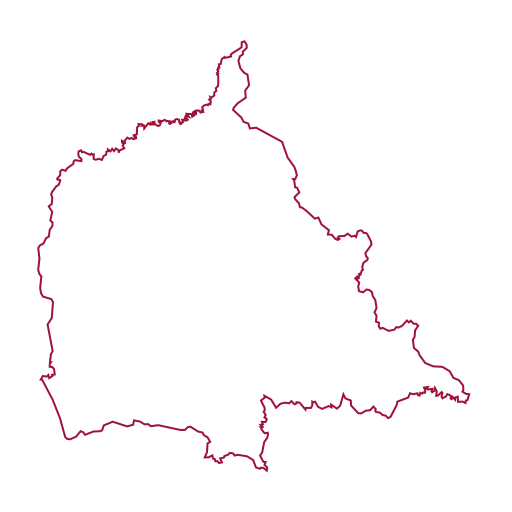 outline of Ambatomainty, Melaky, Madagascar, rotated 182°
{"feature_id": "10022922B59098628147577", "entity_name": "Ambatomainty", "entity_type": "district", "adm_level": 2, "iso_a3": "MDG", "parent_name": "Madagascar", "parent_adm1": "Melaky", "projection": "albers", "projection_center": [45.384, -17.814], "detail": "fine", "context": "isolated", "style": "outline", "palette": "rose", "viewbox_px": 512, "rotation_deg": 182, "n_neighbors": 0, "source": "geoboundaries", "source_scale": "gbopen_adm2", "svg_char_len": 6022}
<svg xmlns="http://www.w3.org/2000/svg" viewBox="0 0 512 512"><g transform="rotate(182 256 256)"><path d="M434.4,355.5L436.9,354.4L437.2,351.6L436.5,349.0L433.8,346.8L433.9,344.7L440.0,345.5L441.5,344.3L441.8,341.7L447.9,337.0L449.3,334.5L452.8,335.5L454.6,333.8L454.5,329.9L457.4,326.5L457.2,325.5L454.5,325.1L454.3,324.2L455.7,320.2L458.0,318.7L461.9,313.1L462.9,310.6L461.6,307.1L461.9,300.9L464.9,298.4L461.2,293.0L462.8,284.2L460.5,282.4L460.5,278.9L463.1,274.9L463.7,268.2L466.3,266.6L468.9,261.0L472.4,259.0L473.9,256.3L472.3,245.7L473.2,234.6L471.7,230.1L469.8,228.3L470.6,216.4L469.5,211.3L467.5,208.0L459.1,205.8L457.3,202.9L457.9,187.0L461.9,180.3L455.9,153.9L457.5,150.7L458.2,142.8L457.1,142.7L458.4,140.8L458.3,138.1L455.8,138.0L453.9,136.0L453.0,130.6L455.7,130.0L455.2,129.0L458.4,126.7L459.4,129.8L460.8,128.2L464.9,128.6L466.8,125.0L465.5,125.0L454.3,105.5L446.2,87.0L440.4,68.5L438.3,66.6L435.4,66.3L429.3,69.3L425.2,74.8L422.3,73.7L420.6,71.3L412.4,74.9L405.2,75.5L403.6,76.7L402.2,81.4L393.4,85.4L378.9,81.2L372.9,83.1L372.1,87.5L366.0,86.4L361.5,83.9L357.8,84.2L355.2,82.2L347.7,83.5L325.4,79.5L321.0,79.7L318.2,82.5L315.7,83.2L307.9,78.6L303.3,77.7L301.8,75.1L298.2,73.2L295.3,68.7L297.9,67.0L298.1,58.3L300.2,52.9L296.4,53.1L292.7,55.2L291.8,52.0L290.0,51.5L289.5,49.5L287.2,49.5L285.9,47.9L282.9,48.5L284.7,52.5L280.9,53.5L280.6,55.0L277.1,56.3L275.4,58.3L272.0,57.9L270.3,55.8L267.5,56.7L258.0,55.5L251.7,52.0L248.7,44.7L244.7,43.5L243.8,44.6L241.2,44.5L237.7,41.9L237.5,45.2L240.2,47.5L239.2,50.4L241.4,50.5L245.0,56.7L243.0,59.8L241.3,70.3L238.4,74.8L237.8,77.8L238.1,79.8L241.2,79.1L244.5,83.0L244.8,84.0L243.7,85.0L244.9,85.4L243.7,85.8L245.5,87.5L243.2,88.1L244.3,90.5L240.7,90.4L239.6,92.8L239.8,93.9L241.9,94.9L240.8,97.6L242.9,100.6L241.9,102.0L242.1,104.7L246.0,111.7L242.3,114.8L242.7,116.6L235.9,113.1L230.6,105.0L226.4,109.2L221.7,110.4L217.6,110.0L215.6,112.2L212.3,109.1L210.3,110.2L210.4,111.3L207.3,111.0L201.2,104.2L201.0,105.9L195.8,106.1L194.5,108.8L194.7,112.5L193.2,111.8L191.9,112.5L188.6,107.4L184.7,105.5L178.0,108.6L175.3,107.4L175.7,110.1L169.8,106.3L166.7,109.3L163.8,120.8L161.7,116.8L156.2,114.9L155.8,110.0L148.4,102.5L145.4,102.3L140.9,105.2L136.4,105.9L133.5,109.6L131.0,107.2L131.4,105.3L130.5,104.2L126.9,103.9L123.9,101.5L120.7,100.9L118.3,98.6L116.0,99.8L110.2,112.0L109.6,115.4L99.0,119.8L97.3,124.2L94.2,123.3L89.8,124.4L89.3,122.7L87.7,122.2L87.0,125.0L85.1,124.3L84.2,125.5L82.4,125.2L82.2,127.8L83.5,130.4L79.7,131.0L80.7,129.5L79.8,128.6L74.9,129.4L75.9,126.8L75.2,126.0L72.6,127.8L72.4,130.1L70.6,126.8L71.1,122.6L69.4,122.8L65.7,126.5L64.9,125.7L65.7,122.0L64.7,120.3L61.4,122.1L60.0,124.7L56.4,123.2L56.5,120.3L55.5,119.8L54.5,122.0L52.0,119.3L51.8,121.7L49.4,122.4L49.0,117.3L44.4,117.7L41.5,116.4L41.3,118.8L39.7,119.3L38.1,125.3L41.1,125.5L45.0,127.6L44.1,129.5L44.5,133.8L48.9,139.0L54.4,141.0L58.4,147.6L65.8,151.7L75.0,151.9L83.1,154.9L89.0,162.5L90.5,166.0L94.9,169.6L96.3,177.6L94.7,180.7L94.4,187.3L91.5,191.9L93.7,193.9L96.1,193.8L99.0,196.7L100.9,195.0L102.9,196.8L107.6,191.3L111.2,189.4L113.2,189.9L115.2,187.2L120.9,185.8L126.9,188.6L129.3,187.7L130.8,190.0L130.8,193.6L133.9,194.7L133.4,200.3L135.6,203.8L133.7,208.2L135.3,216.3L138.1,220.3L138.8,223.9L141.7,226.0L144.4,226.4L147.7,223.5L151.8,224.4L152.8,229.0L151.9,233.0L156.0,237.1L154.3,238.8L153.5,237.0L152.6,237.2L152.3,240.3L151.1,240.9L152.1,241.8L150.5,242.5L149.9,245.1L148.6,245.8L149.5,248.5L148.4,253.0L144.5,256.0L144.3,258.1L145.9,259.4L146.8,262.7L141.0,271.4L141.6,274.6L145.4,281.5L146.6,282.7L149.3,282.9L150.9,285.0L152.8,285.2L155.2,284.1L156.7,278.5L158.1,279.7L161.2,278.7L165.2,281.5L168.3,279.1L174.1,278.6L174.9,277.2L173.2,276.0L174.8,274.9L177.4,275.9L181.0,279.9L185.0,280.0L184.0,284.3L191.6,289.8L195.0,296.6L198.5,295.4L207.1,302.8L211.7,306.0L213.8,306.3L214.9,310.2L218.8,314.1L219.6,316.2L214.9,321.1L217.3,325.7L219.3,326.0L220.4,332.7L221.6,334.2L219.4,334.4L218.0,338.0L219.0,341.9L220.8,346.4L227.9,355.6L233.9,371.0L260.3,384.2L266.6,383.3L268.3,388.1L273.1,389.7L275.5,393.9L284.0,401.2L283.4,403.5L279.5,408.1L271.7,413.9L272.6,420.9L268.9,426.4L270.9,437.1L274.2,438.6L278.2,443.1L280.4,450.5L279.0,455.1L276.1,457.1L276.3,459.8L272.5,463.7L272.8,467.1L275.1,470.1L277.7,469.1L277.7,464.0L287.0,457.6L288.2,456.4L287.9,454.5L293.9,452.9L294.4,453.8L297.1,451.6L298.0,446.6L299.8,446.3L299.3,443.4L300.0,443.7L300.9,441.4L300.2,441.2L300.9,440.2L300.1,439.2L301.3,437.7L300.1,437.0L301.2,435.9L300.1,434.9L299.7,427.7L299.9,424.6L302.0,422.3L301.4,419.6L303.4,418.1L303.3,414.9L306.3,412.7L307.2,413.2L306.6,411.4L308.2,410.8L306.5,408.8L306.9,406.0L308.2,406.5L309.2,405.1L310.0,405.7L313.1,404.7L315.0,402.7L314.0,400.1L315.2,399.6L313.8,398.2L316.3,397.4L318.3,399.5L320.9,399.2L321.0,395.5L322.4,394.9L322.5,396.8L321.6,397.2L322.1,398.7L324.1,397.3L323.0,394.1L324.6,393.0L325.3,395.5L330.1,395.7L328.0,392.8L331.0,393.9L332.1,390.9L330.1,391.3L329.0,389.8L330.7,388.8L334.5,389.5L333.7,387.2L335.9,385.2L336.6,385.6L335.8,386.7L337.4,387.2L337.7,389.5L339.8,390.1L341.6,389.5L341.9,387.1L342.7,386.8L343.0,387.9L345.6,387.2L345.1,386.1L346.6,384.9L347.6,385.6L347.0,387.6L349.6,387.9L350.8,386.9L350.2,387.9L352.2,388.9L354.1,387.5L358.0,388.0L357.8,386.5L355.8,385.6L356.9,383.0L358.7,382.5L361.1,384.1L362.5,383.9L362.1,386.6L364.0,386.3L363.6,384.8L364.6,383.8L366.1,385.2L366.5,383.7L368.3,384.9L372.1,379.5L372.4,382.4L374.4,382.2L373.7,383.1L374.8,383.8L378.0,383.7L377.5,382.2L379.3,380.4L379.3,373.6L382.5,372.4L381.5,370.6L380.4,371.4L379.8,369.6L382.8,368.4L384.4,369.7L386.5,368.6L388.7,369.8L391.3,366.5L390.7,363.3L391.9,365.5L394.0,366.5L393.8,364.7L392.1,363.7L393.1,361.5L391.4,359.1L396.0,356.7L396.9,354.4L397.0,356.9L399.8,358.6L401.5,355.9L403.5,358.1L405.1,355.5L407.7,357.3L407.5,355.5L409.2,355.0L409.3,352.1L411.8,350.6L413.4,346.6L416.5,347.7L419.5,346.6L421.7,347.4L421.7,352.0L422.9,351.5L424.1,352.6L425.3,351.3L431.9,354.0L433.5,353.6L434.4,355.5Z" fill="none" stroke="#9f1239" stroke-width="2"/></g></svg>